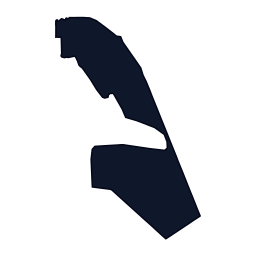 Um Bada, Khartoum, Sudan (Natural Earth projection), rotated 179°
{"feature_id": "16777658B32712127220798", "entity_name": "Um Bada", "entity_type": "district", "adm_level": 2, "iso_a3": "SDN", "parent_name": "Sudan", "parent_adm1": "Khartoum", "projection": "natural_earth1", "projection_center": [32.183, 16.117], "detail": "fine", "context": "isolated", "style": "filled", "palette": "ink", "viewbox_px": 256, "rotation_deg": 179, "n_neighbors": 0, "source": "geoboundaries", "source_scale": "gbopen_adm2", "svg_char_len": 1740}
<svg xmlns="http://www.w3.org/2000/svg" viewBox="0 0 256 256"><g transform="rotate(179 128 128)"><path d="M57.4,38.8L58.7,42.1L59.7,44.6L60.8,47.6L63.1,53.7L65.3,59.5L65.5,59.9L70.2,72.2L70.2,72.3L73.1,80.0L78.4,93.7L80.7,100.0L87.1,116.7L89.4,122.8L95.1,137.6L97.5,143.9L103.5,159.6L105.5,165.1L107.2,169.4L109.0,174.0L112.1,180.6L114.2,187.8L119.0,195.0L128.4,209.0L131.6,213.8L131.8,214.2L133.6,219.0L133.8,219.4L134.3,219.5L137.9,220.0L140.1,221.9L144.2,225.2L148.0,228.3L157.9,235.9L163.8,238.5L164.3,238.7L170.6,239.2L184.7,239.4L184.7,238.5L185.6,238.5L186.3,238.5L187.1,238.7L187.8,239.0L188.2,238.6L188.6,237.5L188.8,236.9L190.4,237.6L191.3,238.0L192.6,238.4L193.4,237.7L194.4,236.9L195.2,236.1L196.6,236.0L196.6,237.2L197.4,237.3L197.9,236.9L198.3,236.3L198.4,233.1L198.3,230.1L198.3,228.8L198.4,227.2L198.4,225.8L198.4,224.9L198.5,222.4L198.5,220.8L198.6,220.1L197.4,220.1L196.7,220.0L195.8,220.0L194.1,220.0L193.2,220.0L193.1,217.0L193.1,213.8L193.0,202.9L193.4,202.5L193.6,201.8L193.5,200.9L193.1,200.3L191.3,199.7L190.3,199.5L189.3,199.6L188.7,199.9L187.9,199.9L186.9,199.6L186.2,199.6L180.1,200.8L179.2,200.1L177.2,195.7L175.9,191.7L174.7,190.4L172.7,188.9L164.8,177.4L158.6,166.9L152.9,159.2L150.7,158.4L147.5,159.1L146.9,161.5L145.5,162.8L142.1,162.9L133.5,147.1L130.1,138.7L119.0,135.2L101.5,128.1L91.9,121.0L89.2,113.6L89.0,107.3L91.7,105.0L106.3,106.9L133.5,111.4L161.4,110.2L164.1,107.3L165.4,97.2L164.7,70.0L164.7,69.7L164.4,69.6L163.4,69.5L160.8,69.1L160.6,69.1L160.0,69.0L158.1,68.7L152.6,67.9L146.9,67.1L145.4,66.5L130.8,52.8L117.4,40.3L114.9,37.9L111.2,34.5L104.5,28.3L101.3,25.2L95.9,20.1L92.1,16.6L91.4,17.0L73.7,28.3L63.2,35.1L57.6,38.6L57.4,38.8Z" fill="#0f172a" stroke="#020617" stroke-width="1.5"/></g></svg>